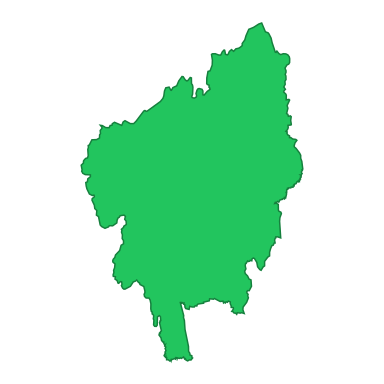 Kaeng Hang Maeo, Chanthaburi, Thailand (Robinson projection)
{"feature_id": "78962969B93590289625121", "entity_name": "Kaeng Hang Maeo", "entity_type": "district", "adm_level": 2, "iso_a3": "THA", "parent_name": "Thailand", "parent_adm1": "Chanthaburi", "projection": "robinson", "projection_center": [101.904, 13.084], "detail": "fine", "context": "isolated", "style": "filled", "palette": "green", "viewbox_px": 384, "rotation_deg": 0, "n_neighbors": 0, "source": "geoboundaries", "source_scale": "gbopen_adm2", "svg_char_len": 5988}
<svg xmlns="http://www.w3.org/2000/svg" viewBox="0 0 384 384"><path d="M87.8,149.4L88.2,155.8L87.5,157.9L85.7,158.4L84.5,159.6L83.5,161.0L83.4,163.1L81.2,165.2L82.1,169.9L81.7,171.2L82.8,173.3L85.2,174.6L90.4,174.9L90.4,176.7L87.8,178.8L87.4,181.8L85.8,182.5L86.2,186.0L86.9,188.8L89.4,194.0L92.4,195.5L93.9,195.1L94.3,195.9L94.3,196.9L92.2,198.6L92.0,200.2L94.3,205.1L94.8,208.6L96.8,210.5L96.4,215.1L98.5,216.6L100.2,225.0L101.7,226.6L105.0,228.3L108.5,226.9L109.3,225.7L112.7,225.8L116.8,222.9L117.1,220.2L118.0,218.0L119.3,217.2L120.2,215.7L124.0,215.1L125.4,216.4L124.7,219.3L126.1,221.1L126.3,224.5L123.8,226.2L123.5,227.4L121.4,229.3L121.9,230.4L121.5,232.1L122.4,234.8L122.2,238.6L123.5,240.6L123.5,243.8L121.1,245.3L119.7,250.5L115.5,255.0L114.8,257.5L113.2,259.3L112.7,261.0L113.0,262.2L115.0,263.9L114.6,267.7L113.6,270.4L113.9,272.3L113.1,274.9L113.3,276.4L115.4,276.7L115.0,279.1L117.1,280.5L118.0,283.1L118.7,283.3L120.4,281.6L121.6,281.8L122.0,284.2L121.4,285.6L122.6,288.1L123.8,289.1L125.1,289.1L130.4,286.3L133.3,281.9L135.5,281.1L136.7,280.0L138.6,282.6L139.5,282.8L140.0,284.5L143.8,286.5L144.9,291.1L144.9,292.7L144.1,294.3L144.5,296.4L146.1,298.0L149.0,298.1L150.1,300.0L150.9,303.8L150.8,308.9L151.3,311.4L152.1,312.0L152.2,314.0L153.1,314.5L153.7,315.9L153.3,318.9L153.9,320.1L153.6,324.9L154.6,326.3L156.3,326.4L157.2,325.2L157.5,316.8L159.3,315.6L160.4,316.6L160.8,320.6L159.9,321.1L160.2,321.9L159.5,322.6L161.4,330.8L160.5,331.7L160.1,333.4L159.5,333.1L159.0,335.0L161.0,337.8L161.5,340.3L162.7,341.9L163.7,342.0L163.6,342.7L164.7,345.2L165.2,344.8L164.7,346.1L165.6,346.7L165.7,347.6L165.1,348.5L166.0,350.6L165.0,352.1L165.6,353.8L164.8,354.0L164.1,355.7L164.8,356.5L165.8,356.2L165.6,357.5L166.6,357.6L166.6,359.8L168.4,359.8L169.7,361.0L170.5,360.9L171.0,359.9L171.2,360.6L171.4,359.9L172.7,359.3L174.4,358.6L175.0,358.9L174.8,358.5L175.8,358.3L175.8,357.6L177.0,357.7L177.2,358.5L177.4,357.9L179.4,358.4L180.5,357.9L181.4,358.4L183.6,357.0L184.7,359.1L185.4,358.7L186.0,360.1L187.7,360.9L189.4,359.9L191.0,360.0L192.6,358.0L192.0,357.6L191.8,355.7L190.0,355.0L189.8,353.2L188.6,351.4L188.5,346.5L185.0,329.4L184.4,320.5L183.5,317.5L183.7,315.6L180.3,302.5L181.2,302.4L181.7,303.2L182.4,302.7L183.0,303.3L183.9,303.0L183.7,304.2L184.7,304.5L185.0,307.3L185.8,308.6L189.1,309.4L189.8,306.3L192.1,307.0L194.3,307.0L195.2,305.7L196.8,306.0L197.3,304.6L198.2,304.0L203.6,303.2L203.5,302.2L209.3,300.8L209.6,298.8L213.6,299.2L214.4,298.5L220.2,301.5L223.0,301.1L223.5,302.9L224.3,302.2L225.3,303.0L226.2,301.7L227.4,302.3L228.3,301.1L230.3,301.9L230.2,303.6L231.2,305.9L231.2,307.4L233.3,307.6L233.4,309.0L231.8,311.4L232.9,311.6L234.0,313.0L235.7,313.2L236.7,314.3L237.3,312.7L240.3,313.1L241.7,312.7L244.2,313.5L242.9,309.8L243.1,307.1L246.6,302.4L248.4,297.8L247.7,295.9L248.1,294.3L246.9,293.0L246.8,291.6L247.7,290.6L249.2,290.7L251.5,286.3L251.0,279.9L249.0,279.0L247.6,276.0L245.2,273.5L244.7,271.1L245.9,268.9L245.2,265.7L245.6,263.4L246.2,263.3L247.6,260.9L248.5,261.5L249.6,261.2L250.1,260.4L251.8,260.8L252.1,258.8L253.4,258.0L254.5,258.6L256.8,262.4L257.6,266.8L259.8,269.6L261.1,270.3L263.1,267.0L264.6,265.9L264.6,261.4L267.8,257.1L269.6,255.9L269.6,252.2L270.6,248.6L271.8,245.7L273.2,245.2L274.3,242.9L275.1,242.9L274.6,240.1L275.2,238.2L275.8,237.9L275.8,236.9L277.5,236.8L280.7,237.9L279.6,221.3L279.9,217.7L281.4,213.6L280.9,212.2L278.9,211.2L278.4,210.1L278.3,204.4L276.2,203.2L274.7,203.5L275.3,202.3L276.5,202.5L277.7,201.4L278.8,202.1L280.0,199.9L282.3,199.4L282.3,198.9L283.5,198.5L284.2,198.9L284.4,197.8L284.9,198.3L285.4,197.3L285.7,197.6L286.6,193.8L286.1,192.4L286.7,192.3L286.7,189.7L287.7,189.3L287.5,188.5L288.4,188.4L288.4,187.8L290.8,187.9L291.2,187.1L293.0,187.2L293.5,185.4L294.1,185.8L294.4,184.2L296.0,183.7L297.0,181.7L298.2,181.0L298.4,181.9L299.4,181.7L299.2,180.3L299.9,180.0L299.6,179.5L300.4,179.1L300.0,178.4L300.9,177.5L300.5,177.0L301.1,176.6L301.2,175.7L300.4,175.0L301.2,175.0L302.1,173.5L301.6,173.1L301.5,171.7L302.4,170.2L302.0,169.8L302.8,169.1L301.8,161.3L300.7,158.3L300.7,155.3L299.6,153.1L296.0,148.3L294.5,147.1L294.1,146.0L295.0,142.9L296.9,140.3L295.8,139.4L292.7,139.0L290.7,137.5L289.5,137.6L289.5,135.8L287.8,134.9L286.9,133.3L287.2,131.9L285.9,131.3L287.4,129.8L288.2,127.8L288.0,125.3L291.0,125.0L291.3,124.4L290.7,120.5L291.2,116.7L290.4,115.9L288.4,116.3L287.8,114.3L286.6,113.6L287.9,108.2L287.1,105.6L289.6,100.1L288.9,99.4L286.2,99.8L286.3,95.2L285.7,93.9L283.7,92.1L284.0,90.8L285.4,89.3L283.8,87.0L285.2,84.3L284.9,81.3L286.0,79.6L285.9,76.0L285.2,74.4L286.0,72.3L286.0,70.7L285.0,68.1L286.9,65.0L288.7,64.1L289.6,62.6L289.7,58.8L289.3,56.9L287.9,54.9L285.9,53.9L283.3,53.7L280.8,54.6L279.0,53.7L276.9,51.1L276.1,52.4L275.3,52.2L272.1,42.6L271.1,38.1L268.9,33.8L268.1,32.8L265.4,31.8L261.7,23.0L258.8,24.0L253.5,27.4L248.8,29.3L246.0,35.7L244.8,39.9L242.2,43.5L242.2,45.6L240.3,47.2L238.7,48.2L235.9,48.8L233.6,51.3L231.5,49.6L229.4,51.4L228.1,54.3L227.4,54.9L225.5,54.3L224.7,50.3L224.1,50.0L222.4,51.7L220.7,55.1L218.7,55.0L215.2,53.7L212.3,53.8L211.5,54.5L212.4,60.1L212.2,65.1L210.1,70.8L208.0,71.4L206.8,77.9L206.7,83.6L207.3,84.5L209.1,85.2L209.0,87.3L209.8,88.0L210.0,89.4L207.2,91.4L204.1,95.1L202.9,94.8L202.9,91.0L202.0,89.3L199.1,88.5L197.9,88.9L197.0,90.2L196.0,93.5L196.6,95.9L196.2,97.1L194.2,98.2L192.1,97.5L191.8,96.3L192.6,94.1L192.9,87.2L192.5,85.1L191.5,83.6L191.4,77.9L190.2,77.5L187.7,80.7L186.6,80.9L185.1,79.7L183.2,76.7L182.0,76.5L178.8,80.9L176.7,85.8L172.9,87.6L171.4,90.3L170.9,90.3L169.1,87.1L165.8,87.8L164.5,90.9L163.8,96.0L162.9,98.4L160.4,101.5L147.2,111.1L146.2,111.3L144.9,110.5L143.8,111.0L136.0,121.3L133.7,123.6L130.3,123.6L125.0,120.7L123.2,121.9L121.7,125.4L114.5,122.3L112.3,123.7L112.0,125.2L110.1,125.5L109.1,127.7L105.7,127.6L102.4,125.6L100.4,125.3L101.9,127.2L101.9,128.4L100.2,130.5L100.5,133.6L99.6,134.9L99.5,138.0L96.6,139.6L91.9,139.8L89.3,145.0L88.2,145.5L88.4,147.4L87.8,149.4Z" fill="#22c55e" stroke="#15803d" stroke-width="1.5"/></svg>